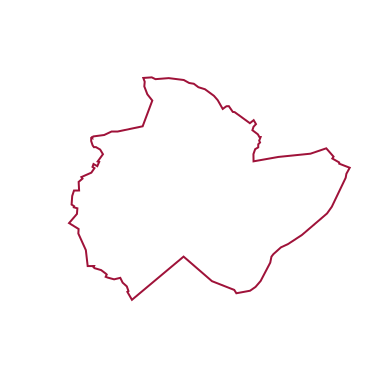 the district of Cork City South East Lea-6, Cork, Ireland, rotated 133°
{"feature_id": "5873133B31894390357020", "entity_name": "Cork City South East Lea-6", "entity_type": "district", "adm_level": 2, "iso_a3": "IRL", "parent_name": "Ireland", "parent_adm1": "Cork", "projection": "orthographic", "projection_center": [-8.409, 51.872], "detail": "fine", "context": "isolated", "style": "outline", "palette": "rose", "viewbox_px": 384, "rotation_deg": 133, "n_neighbors": 0, "source": "geoboundaries", "source_scale": "gbopen_adm2", "svg_char_len": 1506}
<svg xmlns="http://www.w3.org/2000/svg" viewBox="0 0 384 384"><g transform="rotate(133 192 192)"><path d="M235.8,90.5L224.6,82.2L218.1,80.8L210.3,81.1L190.3,86.6L185.1,89.8L181.9,90.1L171.8,89.2L164.7,86.3L148.4,82.3L115.6,78.6L107.4,79.7L76.8,89.3L73.4,91.5L66.7,93.2L70.9,103.7L70.0,104.5L71.8,112.2L69.6,112.6L68.5,123.6L83.2,131.5L107.4,152.7L127.6,167.9L122.4,172.9L117.6,175.0L114.2,174.0L111.9,176.1L109.4,176.0L108.6,177.9L105.0,179.3L105.8,180.3L104.9,183.2L105.6,190.0L102.3,191.5L98.7,191.5L97.4,195.9L102.2,196.6L104.5,215.3L105.6,216.8L104.1,223.6L105.8,225.3L110.3,226.2L107.3,235.8L106.7,241.6L108.0,252.6L111.0,258.8L111.6,264.5L114.2,268.4L115.7,274.4L124.6,286.7L134.4,295.7L135.6,299.6L141.8,305.4L143.6,301.8L147.3,298.9L151.0,291.3L152.2,283.4L177.6,272.9L198.6,287.7L202.7,292.1L210.2,295.1L218.7,302.1L220.2,302.0L220.4,303.4L220.9,301.7L221.4,302.4L223.5,300.5L225.7,296.4L226.1,294.3L224.7,292.9L223.6,288.1L225.1,282.9L234.0,281.8L233.3,280.4L237.7,278.9L238.7,283.1L241.5,281.9L241.1,279.6L246.5,278.8L256.5,283.1L256.9,281.2L261.9,281.8L267.9,275.6L271.4,279.3L276.6,276.9L283.3,271.5L282.8,268.5L283.8,268.0L282.1,264.7L286.5,261.2L298.6,260.7L296.4,249.7L299.9,246.8L306.9,230.0L317.3,217.8L312.9,213.1L314.2,212.6L314.1,211.2L311.1,205.2L310.5,199.6L310.5,198.1L312.9,197.3L312.1,195.3L309.0,189.4L303.7,185.9L305.6,180.9L305.5,175.3L307.8,170.9L309.1,171.2L311.8,162.4L245.0,154.1L243.6,116.6L234.8,94.3L235.8,90.5Z" fill="none" stroke="#9f1239" stroke-width="2"/></g></svg>